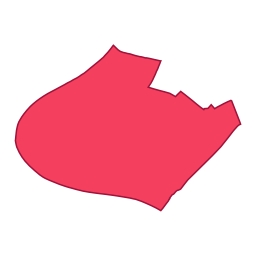 the district of Bang Kho Laem, Bangkok Metropolis, Thailand
{"feature_id": "78962969B71944934513319", "entity_name": "Bang Kho Laem", "entity_type": "district", "adm_level": 2, "iso_a3": "THA", "parent_name": "Thailand", "parent_adm1": "Bangkok Metropolis", "projection": "mercator", "projection_center": [100.512, 13.698], "detail": "fine", "context": "isolated", "style": "filled", "palette": "rose", "viewbox_px": 256, "rotation_deg": 0, "n_neighbors": 0, "source": "geoboundaries", "source_scale": "gbopen_adm2", "svg_char_len": 2416}
<svg xmlns="http://www.w3.org/2000/svg" viewBox="0 0 256 256"><path d="M230.9,100.4L227.6,101.8L223.7,103.7L220.7,105.3L217.2,107.1L215.9,107.9L214.7,108.7L211.2,104.7L208.2,108.1L207.9,108.4L207.6,108.4L204.3,108.6L203.8,109.6L200.2,107.0L196.1,103.7L193.0,101.1L189.0,97.9L185.1,94.8L180.7,91.4L177.4,94.6L177.2,94.8L175.5,96.6L175.4,96.6L173.1,95.2L169.7,93.3L164.1,91.7L159.8,90.6L154.1,89.0L148.2,87.2L150.0,84.5L151.0,83.0L152.7,79.9L153.2,78.8L153.6,77.9L155.1,74.7L155.7,73.3L156.4,71.5L157.7,68.9L158.5,66.7L160.0,63.1L160.3,62.1L160.8,60.9L160.5,60.9L158.2,60.4L154.6,59.6L149.8,58.5L146.7,57.9L146.4,57.9L145.4,57.9L143.3,57.3L141.3,56.8L141.0,56.8L140.3,56.7L139.6,56.6L136.3,55.8L134.7,55.4L132.5,54.7L130.3,54.0L129.8,53.9L129.4,53.8L128.1,53.6L126.8,53.3L125.8,53.0L123.0,52.4L122.4,52.1L121.9,52.0L120.4,51.4L120.2,51.3L119.4,50.8L118.6,50.2L118.1,49.9L113.4,45.3L113.1,45.6L111.3,48.0L111.1,48.3L109.6,50.2L107.9,52.3L106.4,53.9L104.9,55.5L103.4,57.3L101.8,58.6L99.9,60.3L98.0,61.9L95.4,64.0L93.1,65.9L90.1,68.3L87.4,70.6L84.3,73.1L81.2,75.0L79.3,76.4L76.9,77.9L73.4,79.7L70.4,81.5L67.5,82.9L64.6,84.6L62.0,86.0L54.4,90.1L51.1,91.8L47.6,93.7L43.5,96.2L39.8,98.7L36.4,101.2L32.9,104.1L30.3,106.5L27.5,109.6L27.2,109.9L26.2,111.1L23.8,114.1L21.8,116.9L20.3,119.4L18.8,122.0L17.7,125.0L17.1,127.5L16.5,130.5L16.1,134.0L15.4,140.8L16.2,144.8L16.8,147.1L19.3,152.5L22.0,157.0L25.2,161.3L29.4,165.8L34.8,170.7L39.7,174.8L43.2,177.2L45.4,178.4L49.1,180.1L54.0,182.1L59.2,184.2L65.3,186.3L68.9,187.4L70.5,187.8L76.6,189.5L83.1,191.1L88.8,192.1L95.0,193.0L100.5,193.7L102.4,193.9L106.4,194.4L112.5,195.2L117.8,196.0L123.3,196.9L129.9,198.0L133.7,198.9L135.4,199.2L136.4,199.5L141.5,201.3L146.0,203.2L150.7,205.3L156.2,208.0L160.8,210.6L162.8,208.3L165.6,204.5L168.0,201.4L168.7,200.4L168.7,199.9L168.9,199.6L169.2,199.4L169.6,198.9L169.6,198.6L169.9,198.2L169.7,198.0L171.0,196.3L171.9,195.1L172.5,194.6L173.2,194.3L173.7,194.0L174.1,193.6L174.4,193.2L174.9,192.7L175.1,192.4L175.3,192.1L175.7,191.7L176.1,191.3L176.3,191.1L177.3,190.4L178.5,190.1L179.4,189.7L180.6,189.1L181.4,188.1L185.0,183.4L187.7,180.0L212.4,155.6L216.9,150.9L220.8,146.8L227.2,138.8L230.3,134.8L233.3,130.9L237.1,126.6L237.8,125.9L238.4,125.4L239.1,124.9L240.4,124.3L240.6,124.2L239.3,120.6L238.9,119.6L237.2,115.2L235.6,111.1L232.0,101.8L231.7,100.9L231.3,100.6L230.9,100.4Z" fill="#f43f5e" stroke="#9f1239" stroke-width="1.5"/></svg>